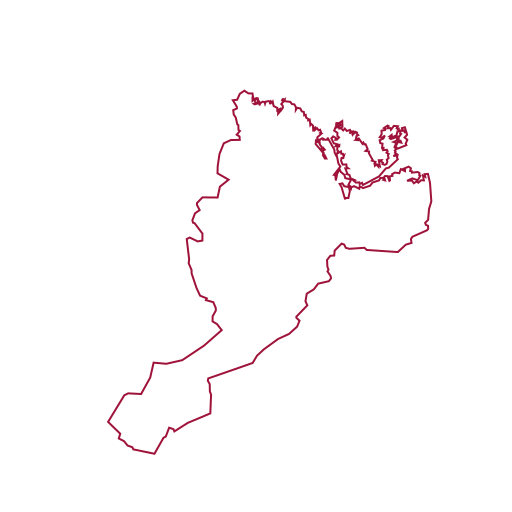 the district of Eigersund nor, Rogaland, Norway, rotated 164°
{"feature_id": "86288312B23516572714138", "entity_name": "Eigersund nor", "entity_type": "district", "adm_level": 2, "iso_a3": "NOR", "parent_name": "Norway", "parent_adm1": "Rogaland", "projection": "orthographic", "projection_center": [6.003, 58.503], "detail": "fine", "context": "isolated", "style": "outline", "palette": "rose", "viewbox_px": 512, "rotation_deg": 164, "n_neighbors": 0, "source": "geoboundaries", "source_scale": "gbopen_adm2", "svg_char_len": 6065}
<svg xmlns="http://www.w3.org/2000/svg" viewBox="0 0 512 512"><g transform="rotate(164 256 256)"><path d="M68.6,278.2L68.1,287.5L71.4,288.2L71.5,285.5L73.3,287.3L73.8,282.4L76.5,283.3L79.7,281.7L81.2,283.3L84.2,282.4L85.3,285.5L90.1,286.7L84.3,287.5L79.7,284.3L75.9,287.8L76.8,288.7L76.0,290.6L77.3,292.1L83.2,293.2L82.9,294.5L84.4,295.3L82.9,297.6L84.6,299.8L90.9,299.1L89.0,297.7L89.4,296.5L92.8,299.6L95.4,296.1L99.4,297.9L102.6,297.2L102.8,295.4L105.8,295.7L106.3,291.8L107.1,291.5L107.5,296.5L109.9,297.3L111.1,296.5L111.1,293.1L112.6,294.1L111.7,294.6L112.3,296.1L114.9,296.7L116.8,294.8L123.8,294.5L126.9,292.1L134.4,291.8L137.1,294.5L138.2,292.2L142.5,296.1L145.7,295.7L146.4,293.9L147.8,294.6L148.0,292.3L151.2,286.3L154.2,287.1L154.7,285.8L154.8,298.7L155.7,302.2L152.9,302.0L151.9,298.7L146.8,296.2L146.1,297.1L147.6,298.9L143.4,303.3L148.7,306.2L148.7,309.7L151.3,313.4L151.7,316.4L155.3,312.7L158.4,306.6L157.5,311.9L158.7,312.5L150.3,318.7L151.3,322.4L150.6,330.8L151.2,330.2L151.9,333.7L151.4,336.8L154.6,350.1L155.1,348.0L159.3,349.3L158.8,350.0L159.8,350.9L161.9,350.4L163.2,349.4L163.9,345.5L162.9,342.9L163.3,340.7L162.1,339.7L161.4,341.0L160.6,339.2L163.3,338.6L162.5,336.1L163.5,334.2L162.1,333.8L161.5,330.3L162.9,330.7L163.9,334.6L162.9,336.3L167.8,347.2L166.6,350.3L165.0,348.2L162.7,350.3L165.1,351.0L164.3,353.2L159.8,355.4L160.9,355.9L159.6,356.0L160.4,356.7L159.4,357.2L159.6,359.7L161.2,359.6L162.1,362.1L164.4,361.0L163.7,363.3L165.1,363.3L165.6,360.7L166.4,360.8L165.3,365.7L166.5,367.7L167.7,366.8L166.8,372.3L168.4,372.1L168.0,373.2L169.7,375.3L169.3,378.0L170.9,377.9L170.3,381.2L172.2,382.5L172.7,385.6L175.6,387.1L177.4,385.5L176.6,387.8L177.3,391.1L179.7,392.3L180.5,394.7L186.0,397.0L185.4,398.2L186.7,397.5L186.2,399.1L186.9,399.5L188.1,398.5L187.3,396.7L189.8,395.1L188.9,393.3L189.2,391.2L191.4,389.4L191.7,390.9L193.9,390.5L192.3,388.8L195.5,386.7L194.3,390.3L195.4,390.0L194.7,392.5L197.7,395.2L197.4,399.7L198.4,398.8L199.0,400.4L200.7,398.1L200.1,400.9L201.2,401.4L204.2,401.7L205.3,400.0L205.3,401.6L207.1,402.5L210.4,401.5L210.7,399.7L211.3,402.2L215.3,402.1L216.1,402.9L210.4,403.5L211.2,405.6L210.5,407.8L211.6,405.6L211.8,407.6L213.2,407.6L214.4,405.1L215.1,407.2L216.5,406.3L215.8,409.0L215.1,408.5L214.6,413.2L218.5,414.4L221.6,418.1L226.8,416.4L231.1,411.4L235.3,412.1L233.3,404.8L233.7,403.1L237.7,402.5L238.4,398.1L237.3,394.7L237.7,387.7L236.9,386.7L238.1,382.0L237.0,380.6L241.1,377.9L238.9,375.5L239.6,372.1L248.2,374.4L255.9,373.2L263.0,364.1L268.1,352.8L270.2,346.1L261.3,336.9L271.6,332.6L276.8,322.8L291.3,327.1L298.1,323.2L298.7,321.4L297.5,315.7L302.9,313.8L307.3,307.9L307.4,305.4L306.0,304.5L301.3,292.3L303.3,285.6L308.0,286.1L314.6,292.0L317.9,291.4L321.2,271.2L322.7,267.6L321.8,260.3L322.7,257.0L322.0,241.7L320.7,233.3L315.0,228.8L316.3,227.4L309.8,223.4L309.0,217.2L309.6,214.7L314.3,210.0L315.8,205.1L312.3,201.4L309.4,194.2L330.6,184.2L355.6,176.2L371.9,177.1L383.8,181.7L391.2,168.3L404.5,155.0L416.7,159.2L421.0,158.4L443.9,137.3L435.5,122.6L438.2,118.4L433.9,114.4L431.7,109.2L427.6,106.3L427.2,103.9L408.1,93.9L395.0,106.8L392.5,107.3L386.8,114.9L383.1,112.3L382.8,109.9L367.6,114.4L343.3,117.3L337.4,135.1L337.7,138.4L335.8,145.6L336.7,149.4L335.6,151.5L288.7,154.1L282.5,159.9L274.2,164.1L257.5,170.2L245.7,172.0L235.9,176.8L232.0,181.8L234.2,185.4L233.9,186.6L220.3,194.4L220.9,198.9L217.6,205.8L209.6,208.0L203.9,212.3L193.0,211.7L190.1,213.7L189.8,216.2L191.5,221.5L190.1,222.9L190.3,226.2L188.8,232.6L184.5,235.7L180.7,234.9L178.9,239.5L170.3,244.3L168.1,242.7L167.4,239.1L164.3,237.2L149.5,234.0L147.9,231.3L118.6,220.7L108.9,225.6L102.9,225.7L102.4,229.6L100.3,231.4L84.5,233.6L83.0,234.7L82.3,237.6L84.1,239.1L84.3,241.2L80.6,243.3L76.7,253.5L72.4,260.2L68.6,278.2ZM133.6,294.8L115.8,298.6L107.0,304.4L104.0,304.3L93.0,309.9L93.4,311.6L92.2,313.8L96.4,314.1L92.8,315.4L94.0,316.9L93.1,317.7L93.5,318.9L94.3,318.9L91.6,320.0L92.9,322.5L89.9,326.0L92.3,327.7L88.8,328.2L87.2,331.6L94.1,331.2L94.9,332.1L93.4,333.5L94.6,334.1L92.2,335.1L92.6,332.6L87.6,333.3L86.1,336.2L84.3,336.7L83.9,338.4L84.7,338.6L83.9,339.3L85.4,340.2L83.9,341.6L87.6,343.1L91.5,340.1L91.6,341.9L94.1,342.5L92.7,344.3L93.6,345.1L97.8,343.7L96.5,342.4L97.2,341.5L100.8,341.9L101.7,338.3L104.3,336.1L102.2,335.0L98.9,336.3L101.2,333.8L105.2,333.2L105.4,330.3L103.4,329.1L104.7,326.0L104.1,325.2L105.9,324.6L103.7,324.6L104.6,322.7L100.9,322.0L100.6,320.5L102.1,319.3L100.3,317.5L101.5,316.4L101.5,313.6L103.7,312.5L103.7,310.5L105.3,308.4L107.2,308.2L109.1,309.6L108.3,310.7L109.9,312.6L108.8,313.5L111.6,314.2L112.2,308.2L113.5,309.7L113.8,308.3L115.2,311.0L116.8,310.0L116.7,312.2L115.2,313.5L118.3,315.7L117.4,316.3L119.1,323.4L118.5,325.3L121.7,326.8L119.2,328.0L119.8,333.2L121.1,333.4L121.5,335.4L122.7,334.5L124.8,340.7L126.1,340.6L125.0,339.8L125.7,339.1L128.2,340.1L126.4,340.8L127.4,341.4L126.4,343.6L124.4,344.0L125.7,346.3L125.0,346.9L126.5,348.2L129.7,345.9L129.7,348.3L128.3,347.3L128.2,349.0L130.3,349.6L132.3,347.7L130.7,349.9L130.9,351.3L134.2,351.1L135.5,354.0L137.6,352.7L138.9,355.2L141.7,355.7L137.3,356.3L135.9,362.0L139.0,361.0L138.5,358.6L139.9,358.5L140.3,361.1L142.1,361.6L142.7,360.4L140.5,357.5L142.7,357.2L143.7,357.4L141.9,357.6L143.1,359.0L146.3,355.0L143.8,352.0L144.7,348.9L143.5,347.1L146.2,345.5L147.6,345.8L146.5,347.1L148.8,349.7L151.1,348.4L150.2,342.9L147.2,341.1L149.0,339.7L145.3,339.8L145.8,338.4L147.6,338.8L148.7,335.6L148.2,334.3L149.9,332.0L145.5,333.2L145.8,330.8L144.2,330.2L144.4,327.9L143.8,328.2L145.1,326.1L146.7,326.7L148.0,324.1L147.5,320.0L143.9,319.1L144.4,316.5L143.2,314.9L146.0,315.6L145.5,310.1L146.2,309.8L143.8,308.1L143.7,304.7L140.1,301.7L141.4,301.5L139.7,299.0L136.4,298.3L136.5,296.6L133.9,297.1L133.6,294.8ZM89.9,320.2L80.9,321.1L81.1,322.8L78.5,326.0L80.5,329.0L77.4,330.8L77.3,333.2L79.7,334.3L78.6,334.2L78.9,335.8L77.4,335.0L77.4,338.7L80.5,338.7L80.8,336.0L82.4,336.7L83.7,334.1L82.9,333.3L87.2,329.9L86.6,329.3L87.6,328.0L85.3,327.0L85.1,324.9L88.0,326.6L91.9,322.4L89.9,320.2Z" fill="none" stroke="#9f1239" stroke-width="2"/></g></svg>